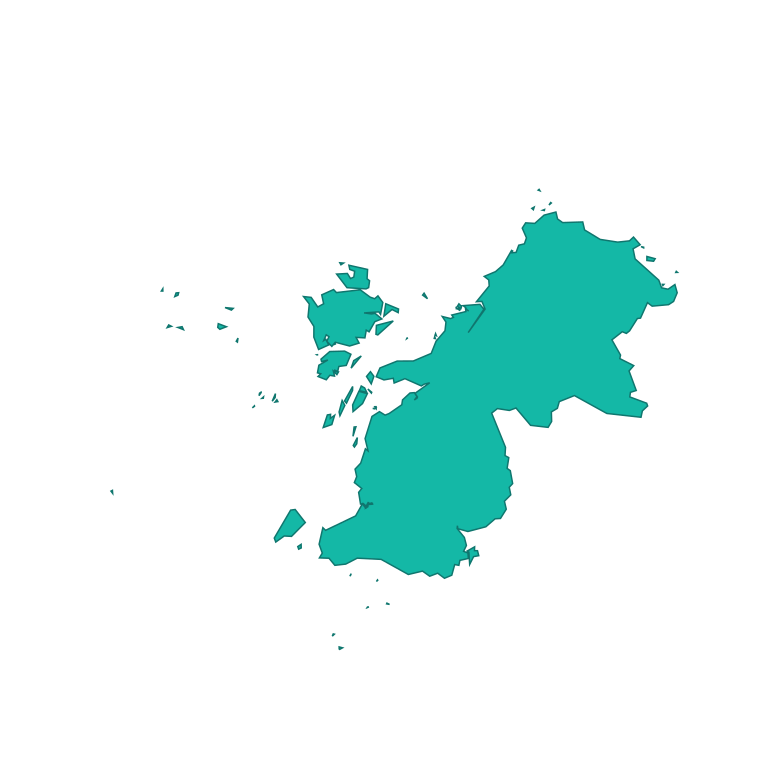 Belitung, Bangka-Belitung, Indonesia (Robinson projection), rotated 30°
{"feature_id": "22746128B80009106787015", "entity_name": "Belitung", "entity_type": "district", "adm_level": 2, "iso_a3": "IDN", "parent_name": "Indonesia", "parent_adm1": "Bangka-Belitung", "projection": "robinson", "projection_center": [107.612, -2.94], "detail": "fine", "context": "isolated", "style": "filled", "palette": "teal", "viewbox_px": 768, "rotation_deg": 30, "n_neighbors": 0, "source": "geoboundaries", "source_scale": "gbopen_adm2", "svg_char_len": 6227}
<svg xmlns="http://www.w3.org/2000/svg" viewBox="0 0 768 768"><g transform="rotate(30 384 384)"><path d="M592.3,158.4L586.2,152.4L582.6,159.9L576.3,161.9L570.1,156.7L538.9,150.1L532.1,142.4L536.2,135.3L526.6,132.0L525.0,137.3L515.4,144.3L498.9,150.7L480.7,150.3L475.1,144.3L458.0,154.9L451.8,154.3L446.9,149.1L438.2,157.7L434.3,169.5L426.1,173.6L425.8,179.9L434.3,186.2L435.5,192.4L431.3,196.4L432.6,204.0L428.6,206.8L428.9,204.5L427.7,204.5L427.7,221.3L424.4,230.9L417.0,240.7L422.7,241.5L426.1,246.5L422.9,266.5L427.5,263.5L434.1,268.6L431.2,297.4L433.1,269.3L427.2,267.1L413.3,276.6L416.4,277.0L418.6,278.2L420.9,278.4L418.3,278.4L416.4,277.3L418.7,280.3L408.2,290.4L410.8,291.6L409.0,294.0L400.7,296.4L406.7,299.4L410.2,307.4L407.7,320.9L409.6,333.9L397.9,349.4L383.9,357.6L372.5,372.1L373.6,381.6L381.9,380.5L389.2,374.4L392.3,378.1L399.5,368.9L417.3,367.0L418.9,364.0L423.0,360.1L415.5,376.6L419.5,378.5L419.7,379.7L418.3,382.7L418.9,378.5L414.6,376.3L411.0,378.8L408.0,388.5L409.8,393.1L403.2,407.0L400.5,410.4L393.9,410.2L389.8,418.1L394.9,440.7L403.6,449.9L400.3,449.4L403.4,464.2L401.5,472.2L406.7,477.9L407.6,484.2L417.0,485.6L416.2,490.5L423.7,499.7L425.7,497.9L429.8,498.7L430.1,500.4L431.1,498.6L429.6,498.2L429.5,494.6L430.1,494.4L431.0,495.6L432.5,493.3L433.6,493.1L434.2,493.8L431.0,496.0L429.9,494.9L431.4,498.4L430.3,500.7L425.2,498.5L425.4,512.4L406.6,539.9L402.9,539.0L407.9,555.2L415.1,561.3L415.0,566.9L423.5,562.4L432.1,565.6L440.9,559.1L447.9,548.2L469.2,537.3L500.3,536.8L510.9,526.8L519.7,527.6L525.1,521.0L533.5,522.0L538.3,515.7L535.5,505.0L539.5,503.6L537.9,498.8L544.3,492.9L541.2,488.4L536.6,489.1L536.1,482.6L530.3,476.7L519.6,472.6L518.4,470.0L520.3,472.4L530.4,469.8L543.6,456.7L547.6,445.2L552.1,442.2L552.5,431.3L546.9,425.3L549.2,416.6L544.1,410.8L545.2,405.9L536.7,395.9L532.8,395.5L528.9,385.4L524.6,385.5L520.9,378.1L491.8,355.4L494.5,348.6L505.8,344.2L510.3,338.8L531.6,346.5L547.8,339.5L547.9,332.6L542.9,324.5L546.3,318.4L544.6,311.6L554.7,298.8L591.7,298.1L623.2,284.3L621.2,278.1L623.3,271.2L621.1,269.3L603.3,272.3L601.6,268.0L605.7,263.5L589.7,250.2L591.1,243.2L575.5,244.1L574.4,240.7L559.3,231.8L564.2,219.6L568.6,219.0L570.1,215.2L570.7,200.6L573.2,198.7L571.5,181.8L577.3,182.5L590.8,173.0L593.5,167.7L592.3,158.4ZM342.2,314.0L334.7,310.7L333.3,314.8L328.6,315.7L316.3,314.3L297.1,328.6L293.1,327.4L285.5,337.9L291.6,344.7L288.1,350.4L277.6,345.4L270.6,348.5L279.3,352.1L284.7,364.0L294.5,369.2L299.8,378.5L310.1,386.8L316.6,377.8L311.2,374.4L310.1,376.5L309.4,370.3L312.7,370.5L313.1,375.6L320.0,377.5L320.9,372.2L335.2,368.3L342.0,361.0L336.5,357.6L344.4,353.6L341.7,346.2L345.0,346.3L344.9,334.6L349.6,328.7L340.9,327.3L338.1,329.6L331.2,332.4L343.5,324.1L346.2,325.4L342.2,314.0ZM340.5,374.8L333.5,375.2L320.8,383.0L317.0,394.0L318.7,395.8L323.4,391.3L318.2,400.3L320.8,407.6L324.1,406.8L323.1,410.5L331.9,409.2L332.7,403.6L337.2,401.9L333.8,398.3L338.5,399.4L338.5,396.3L336.0,397.3L333.7,396.7L337.6,396.3L336.1,391.4L342.0,386.8L340.5,374.8ZM312.5,293.0L294.2,298.7L297.1,301.9L302.2,301.0L304.4,306.5L302.3,309.4L297.0,306.6L288.0,312.5L303.8,319.1L320.9,310.6L322.5,308.2L319.9,301.8L316.7,301.3L312.5,293.0ZM369.8,537.1L366.2,539.9L366.0,572.3L369.3,575.0L373.6,565.5L380.1,562.2L385.1,543.3L369.8,537.1ZM374.4,400.7L365.9,402.9L367.3,417.8L371.0,423.4L375.2,411.7L374.4,400.7ZM356.9,435.8L354.7,440.6L352.9,437.0L350.4,439.1L353.1,452.1L359.1,445.2L356.9,435.8ZM545.7,483.1L543.9,479.7L539.6,487.0L541.6,487.2L548.4,497.4L547.9,488.7L551.9,485.3L548.3,481.6L545.7,483.1ZM359.1,311.8L345.4,313.6L350.0,325.4L353.7,315.5L360.6,315.1L359.1,311.8ZM360.5,324.8L348.1,337.0L352.2,345.0L354.1,344.6L360.5,324.8ZM366.1,380.1L365.1,386.2L372.9,390.3L371.4,382.4L366.1,380.1ZM361.1,419.4L360.0,405.3L358.1,401.8L358.3,418.4L361.1,419.4ZM361.7,433.5L360.8,422.1L356.0,419.2L359.1,430.7L361.7,433.5ZM347.6,386.7L350.3,371.1L346.1,378.9L347.6,386.7ZM556.2,139.9L547.9,142.1L549.9,145.6L556.1,142.9L556.2,139.9ZM218.9,413.2L210.3,414.6L211.7,418.1L214.5,418.7L218.9,413.2ZM365.3,397.1L366.0,402.1L373.2,399.8L369.2,397.1L365.3,397.1ZM383.3,444.8L381.1,435.1L379.6,436.2L383.3,444.8ZM389.9,453.4L390.3,449.4L387.7,443.7L388.1,452.6L389.9,453.4ZM177.2,438.1L183.2,437.2L180.5,435.3L177.2,438.1ZM208.1,397.3L214.9,396.3L215.6,393.9L208.1,397.3ZM392.4,564.3L390.6,567.9L392.7,569.7L394.3,567.4L392.4,564.3ZM379.0,288.4L373.3,285.3L373.0,287.7L379.0,288.4ZM159.1,412.9L161.2,410.1L160.5,407.6L158.4,409.1L159.1,412.9ZM168.0,443.6L171.1,440.3L168.0,440.5L168.0,443.6ZM296.5,450.2L294.8,446.6L295.8,454.8L296.5,450.2ZM408.8,277.1L408.7,280.0L412.9,280.2L412.4,278.1L408.8,277.1ZM377.5,397.3L372.5,396.4L377.6,398.2L377.5,397.3ZM298.7,454.1L300.9,452.3L299.1,451.2L298.7,454.1ZM201.1,613.3L203.7,614.4L202.0,611.9L201.1,613.3ZM236.1,421.0L234.6,417.2L234.7,420.9L236.1,421.0ZM478.3,636.0L480.0,633.2L476.6,634.1L477.7,635.9L478.3,636.0ZM287.1,302.3L288.5,299.5L285.1,301.1L287.1,302.3ZM496.2,573.1L499.0,572.1L496.1,572.3L496.2,573.1ZM425.6,155.7L424.2,158.0L426.2,158.4L425.6,155.7ZM437.4,146.5L438.4,143.6L437.6,143.5L437.4,146.5ZM465.3,628.2L466.1,625.5L465.0,625.8L465.3,628.2ZM144.7,414.8L146.0,414.1L144.8,412.1L144.7,414.8ZM412.7,282.3L412.5,280.4L409.0,282.2L412.7,282.3ZM540.5,135.7L537.9,136.5L540.8,136.3L540.5,135.7ZM386.5,410.8L388.6,410.1L388.8,409.1L386.5,410.8ZM281.6,456.6L281.9,452.8L281.6,452.5L280.8,454.2L281.6,456.6ZM405.2,316.0L403.5,314.6L403.8,316.1L405.2,316.0ZM450.5,567.5L450.7,566.4L450.4,564.6L450.5,567.5ZM580.9,141.5L582.3,140.6L580.8,140.3L580.9,141.5ZM285.4,457.5L286.6,456.7L286.1,455.4L285.4,457.5ZM405.8,319.0L404.2,317.6L404.7,319.4L405.8,319.0ZM576.3,159.3L576.6,157.8L575.3,158.5L576.3,159.3ZM434.6,154.1L436.1,153.6L435.8,152.6L434.6,154.1ZM481.2,586.1L482.4,584.6L481.2,585.4L481.2,586.1ZM320.6,375.3L321.9,373.7L321.4,373.2L320.6,375.3ZM422.4,138.7L421.0,137.9L420.6,139.0L422.4,138.7ZM281.9,470.5L283.0,468.0L282.7,467.7L281.9,470.5ZM389.4,409.0L388.5,407.6L387.5,408.2L389.4,409.0ZM476.2,558.8L476.7,557.1L476.3,556.9L476.2,558.8ZM408.4,282.0L408.2,280.8L408.2,281.8L408.4,282.0ZM380.9,332.8L381.0,333.4L381.6,332.1L380.9,332.8ZM311.2,392.3L311.5,392.3L312.3,391.4L311.2,392.3Z" fill="#14b8a6" stroke="#0f766e" stroke-width="1.5"/></g></svg>